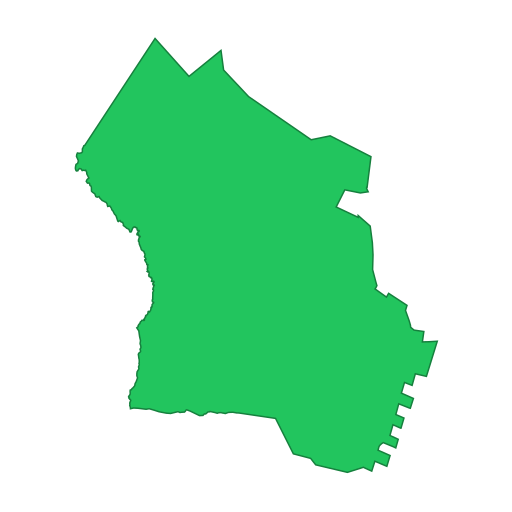 Chongwe, Lusaka, Zambia (Equal Earth projection), rotated 187°
{"feature_id": "96606910B32717004733154", "entity_name": "Chongwe", "entity_type": "district", "adm_level": 2, "iso_a3": "ZMB", "parent_name": "Zambia", "parent_adm1": "Lusaka", "projection": "equal_earth", "projection_center": [28.753, -15.39], "detail": "fine", "context": "isolated", "style": "filled", "palette": "green", "viewbox_px": 512, "rotation_deg": 187, "n_neighbors": 0, "source": "geoboundaries", "source_scale": "gbopen_adm2", "svg_char_len": 5966}
<svg xmlns="http://www.w3.org/2000/svg" viewBox="0 0 512 512"><g transform="rotate(187 256 256)"><path d="M80.4,191.0L80.2,201.5L90.1,201.7L93.8,204.1L94.3,206.2L96.1,210.4L101.0,220.2L100.1,225.4L119.8,235.1L121.5,231.1L133.8,237.8L132.7,240.3L132.4,241.5L132.7,242.0L133.8,244.6L138.6,256.7L140.0,271.4L142.1,283.3L146.3,299.6L159.5,308.6L159.3,306.8L182.4,314.4L175.9,332.5L160.1,331.3L152.5,333.4L154.5,336.5L154.5,337.7L154.1,337.7L154.0,368.6L197.0,384.3L215.4,378.1L282.8,413.3L310.8,436.6L315.8,455.8L344.4,426.1L382.7,459.6L439.4,345.0L440.3,344.5L440.8,342.7L441.4,341.1L441.0,338.3L441.7,337.2L443.9,336.4L445.8,336.5L446.3,334.8L446.3,332.9L444.7,330.3L443.9,328.8L444.3,326.2L445.8,325.0L446.0,323.2L446.0,321.2L445.6,319.8L445.0,318.8L444.5,318.5L443.2,318.9L442.9,319.9L442.6,320.4L441.7,321.3L440.1,321.0L439.0,319.6L438.8,319.6L438.0,320.1L436.5,320.0L435.5,320.4L434.1,318.1L434.0,316.9L431.4,313.0L432.5,311.9L433.1,311.1L433.6,309.4L432.2,307.8L430.7,308.0L430.1,307.8L429.5,306.0L429.3,305.7L428.2,305.2L427.8,304.2L427.2,300.4L426.2,299.5L423.5,298.0L422.3,295.5L421.1,295.1L420.5,295.1L419.0,295.9L418.3,294.7L415.4,292.3L413.9,291.9L412.9,291.4L411.4,291.0L410.2,289.7L409.7,288.1L409.2,287.1L407.2,287.8L405.6,286.1L404.7,284.3L404.4,284.0L403.5,283.3L401.7,280.5L399.9,279.0L399.0,277.1L397.5,273.9L396.9,273.4L395.3,274.6L394.3,273.5L392.4,273.0L391.4,271.1L391.4,270.1L388.8,268.6L387.9,267.9L385.4,267.0L384.0,264.5L383.5,264.5L383.0,264.6L382.9,264.9L382.5,265.7L382.4,266.5L382.2,266.8L382.2,267.2L382.1,267.5L382.0,268.1L381.8,268.3L381.7,268.7L381.2,269.5L380.9,269.8L379.8,270.2L379.6,270.1L379.5,269.7L378.8,269.7L378.6,269.5L377.9,269.5L377.8,269.2L377.6,269.0L377.4,268.7L377.4,268.2L377.2,267.7L376.7,266.8L376.3,266.9L375.8,267.1L375.1,267.0L375.0,266.8L375.0,266.2L375.4,265.7L375.7,265.6L376.1,265.2L376.8,263.7L376.9,263.1L376.6,262.5L376.3,262.5L376.0,262.8L375.8,263.7L375.5,263.6L375.4,263.3L375.3,263.0L375.0,262.7L375.1,261.9L375.0,261.7L374.6,261.6L373.7,261.6L373.4,261.3L373.3,261.0L373.9,260.5L374.3,259.6L374.4,258.0L374.6,257.8L374.5,256.6L374.4,256.2L373.8,255.7L373.7,255.4L373.5,254.7L373.4,254.4L373.4,254.1L373.3,253.6L373.1,253.3L371.9,251.1L371.7,250.8L371.3,250.1L370.8,248.7L370.1,248.0L369.9,247.9L369.6,247.6L367.9,247.0L367.4,246.0L367.4,245.7L366.9,245.0L366.5,244.5L366.3,243.4L366.4,242.8L366.6,241.9L366.6,241.6L366.4,241.5L366.3,241.3L365.7,240.9L365.4,240.5L365.1,240.0L365.1,239.5L364.9,239.1L365.2,238.9L365.7,238.9L365.9,238.8L365.9,238.4L365.0,237.1L364.7,236.7L364.3,236.4L363.7,235.5L363.6,235.2L363.5,234.9L363.3,234.1L362.9,233.9L362.5,234.2L362.3,234.2L362.3,232.9L362.4,232.4L362.3,231.5L362.0,231.4L361.9,230.7L362.2,230.6L362.4,230.0L362.1,228.9L361.8,228.6L361.7,228.2L361.9,227.7L362.2,227.4L361.7,227.1L361.4,227.7L361.1,227.7L360.7,227.5L360.4,226.7L360.2,226.5L359.9,225.3L360.0,224.8L360.2,224.0L359.9,223.7L359.7,222.7L359.3,222.7L358.4,222.2L358.1,221.7L357.4,222.0L357.1,221.9L357.0,221.3L356.7,221.1L356.5,220.8L356.4,220.0L356.6,218.7L356.6,218.1L355.9,218.0L355.5,218.2L355.1,218.0L354.5,218.5L354.3,218.4L354.3,218.1L354.1,217.9L354.1,217.6L354.2,217.3L354.5,217.1L354.6,216.5L354.9,216.4L355.0,216.2L354.9,215.2L354.5,214.7L354.0,214.9L353.7,214.9L353.4,214.6L353.7,214.2L353.9,213.6L353.8,213.0L353.9,212.7L354.1,212.2L354.1,211.5L354.1,211.2L354.3,211.2L354.3,210.1L353.9,209.9L353.6,209.8L353.4,208.8L353.6,208.3L353.8,208.0L354.0,207.0L353.7,205.1L353.4,201.2L353.2,200.9L353.3,200.0L353.5,199.9L353.4,199.6L353.6,198.9L353.0,197.8L352.0,197.6L351.9,197.2L352.0,196.8L352.3,196.5L353.2,195.2L353.2,194.3L353.0,193.9L353.0,193.3L353.1,193.1L353.2,192.5L353.3,192.3L353.7,192.5L353.8,192.3L353.8,192.1L354.0,191.8L353.8,190.8L353.9,190.4L353.9,189.8L354.0,189.2L354.4,188.7L354.7,187.7L354.9,187.4L355.1,187.4L356.1,187.9L356.3,187.6L356.3,186.2L356.5,185.4L356.5,185.1L356.7,184.6L358.1,183.6L358.2,183.0L358.4,182.8L358.4,182.7L358.1,182.4L358.2,181.9L358.6,181.5L358.9,180.6L359.5,179.6L359.1,179.4L358.9,179.1L359.0,178.6L359.4,178.3L360.0,178.4L361.4,178.3L361.8,177.3L362.4,176.9L362.8,176.3L362.8,175.7L363.0,175.5L363.0,174.7L363.6,174.3L364.5,172.6L364.3,171.6L365.6,170.2L363.2,167.4L361.7,161.8L360.3,157.9L360.4,155.0L360.0,153.9L359.6,153.5L359.5,152.6L359.2,152.0L359.1,151.3L359.1,150.8L359.4,150.2L359.5,149.5L359.7,149.4L359.6,148.8L359.2,148.3L358.9,147.4L359.2,146.6L360.6,145.1L360.8,143.6L360.4,142.8L360.2,141.7L359.9,140.5L359.3,138.9L358.9,136.2L359.1,135.2L358.6,134.1L358.7,133.2L358.9,132.5L359.1,131.6L358.8,130.8L358.5,130.2L358.7,129.2L359.9,126.6L359.9,124.7L359.7,122.8L359.4,122.0L358.8,121.0L358.8,120.2L359.7,116.4L360.1,115.5L360.4,114.8L360.5,113.8L360.5,112.9L360.7,112.2L361.1,111.5L361.5,111.0L361.9,110.3L362.6,109.6L363.1,108.9L363.5,108.0L363.9,107.9L364.5,107.6L364.5,107.0L364.4,105.7L364.2,105.0L364.1,103.9L364.2,103.1L364.6,102.3L364.8,101.8L365.1,101.5L365.3,101.1L365.3,100.6L365.1,100.3L364.7,100.1L364.8,99.4L363.7,98.3L363.2,98.3L363.0,98.0L362.7,97.3L362.8,96.8L363.1,96.3L363.1,95.6L363.4,94.8L363.0,92.7L363.1,92.1L362.6,91.3L362.2,90.1L362.0,89.1L359.0,90.2L354.7,90.5L346.4,90.5L343.4,91.4L338.0,90.5L333.4,89.6L325.9,89.1L321.6,89.3L314.7,91.9L314.1,91.9L312.4,91.4L311.0,91.8L307.9,92.4L307.2,93.4L306.5,94.7L306.1,94.9L302.6,94.1L292.6,90.7L289.2,91.3L288.0,93.0L286.7,93.1L284.6,95.4L282.9,95.7L282.7,96.1L277.5,95.6L275.3,95.2L273.9,95.9L271.6,96.3L270.2,96.1L269.1,96.1L267.3,95.9L264.3,97.4L260.0,98.1L256.2,97.9L253.8,98.1L216.8,97.2L194.8,64.2L177.1,61.8L171.3,56.0L138.9,52.4L123.6,59.4L121.5,58.6L114.9,56.6L113.0,66.8L100.5,63.2L98.6,74.3L111.2,78.1L110.8,81.2L110.6,82.1L110.0,83.2L108.5,85.0L107.0,86.3L96.4,83.4L93.9,82.5L92.5,91.4L101.2,94.2L99.5,105.2L91.6,102.8L91.1,102.8L89.4,113.2L97.9,115.7L96.3,126.7L85.2,123.8L84.3,123.7L82.4,133.8L95.0,137.6L93.2,148.6L85.3,146.6L83.5,158.5L72.2,157.3L65.7,193.5L74.3,191.9L80.4,191.0Z" fill="#22c55e" stroke="#15803d" stroke-width="1.5"/></g></svg>